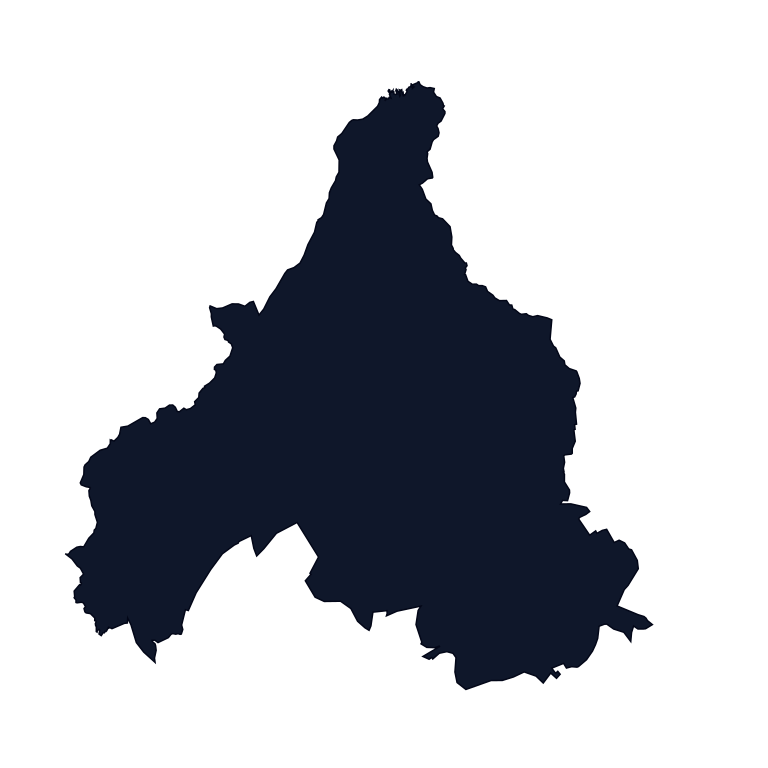 Alba Iulia, Alba, Romania, rotated 97°
{"feature_id": "2599482B11612848018350", "entity_name": "Alba Iulia", "entity_type": "district", "adm_level": 2, "iso_a3": "ROU", "parent_name": "Romania", "parent_adm1": "Alba", "projection": "robinson", "projection_center": [23.551, 46.066], "detail": "fine", "context": "isolated", "style": "filled", "palette": "ink", "viewbox_px": 768, "rotation_deg": 97, "n_neighbors": 0, "source": "geoboundaries", "source_scale": "gbopen_adm2", "svg_char_len": 6093}
<svg xmlns="http://www.w3.org/2000/svg" viewBox="0 0 768 768"><g transform="rotate(97 384 384)"><path d="M591.3,679.7L595.6,672.4L602.0,666.2L603.8,662.9L609.3,659.0L613.2,662.0L618.0,661.1L618.1,660.3L618.7,660.0L620.6,660.6L620.2,661.5L620.6,661.9L627.3,666.3L632.8,665.1L633.9,665.5L635.9,663.4L638.4,663.1L638.6,662.0L637.5,657.7L637.9,655.7L641.4,653.1L643.4,654.4L646.6,653.1L647.5,651.8L647.7,647.4L651.5,642.5L654.1,642.3L654.3,641.2L655.2,640.8L657.1,641.3L659.2,640.7L659.4,640.0L664.8,639.4L665.2,638.6L663.8,638.5L662.3,637.0L663.2,636.1L666.9,636.4L668.2,634.0L665.0,632.4L665.0,631.2L663.4,630.7L663.6,629.9L662.7,629.2L659.2,627.9L659.8,627.3L659.1,626.7L660.0,624.2L653.2,612.5L652.5,609.6L647.5,609.9L653.8,605.8L670.8,598.3L679.4,589.8L688.2,577.3L684.0,578.4L676.1,577.7L671.6,578.8L669.8,579.6L667.8,582.6L666.7,583.0L666.2,580.3L668.2,576.8L662.0,567.1L658.4,564.9L657.5,563.3L657.7,560.2L656.9,558.0L657.3,555.8L656.9,554.7L652.2,553.8L647.9,555.5L632.2,553.6L632.7,550.6L614.1,545.0L589.3,533.4L572.2,523.7L562.0,512.9L559.7,509.3L558.1,508.9L550.6,497.3L562.9,493.2L570.2,489.4L562.1,483.2L545.3,472.6L532.0,453.4L563.7,427.9L580.9,434.4L581.8,433.3L588.9,438.1L604.0,426.4L607.1,416.8L604.9,400.6L610.9,389.5L622.7,381.3L628.3,373.2L630.3,368.8L625.7,367.5L611.8,367.2L608.6,353.5L611.3,352.9L613.8,353.3L607.9,343.4L599.9,320.2L604.6,322.5L618.9,322.9L635.7,315.0L637.4,315.6L640.2,309.4L639.5,301.4L637.4,297.3L637.9,296.9L649.7,312.2L651.7,305.7L649.6,303.3L651.0,302.1L644.5,296.3L642.0,289.0L642.9,282.7L646.8,279.2L661.2,278.5L671.4,275.1L677.2,265.5L665.3,241.7L663.8,230.4L659.0,219.8L652.7,209.8L655.4,197.5L661.4,189.5L650.6,183.3L655.1,176.9L650.6,173.8L648.0,176.5L650.2,178.4L645.6,182.9L639.4,171.7L643.7,168.3L641.7,163.3L641.5,157.9L640.8,156.6L633.0,149.4L623.7,144.5L616.9,142.3L610.5,140.9L598.2,141.0L595.5,135.8L595.2,133.6L599.2,126.2L601.2,115.7L609.5,107.7L600.5,108.0L593.8,106.8L596.2,102.1L595.6,96.9L595.0,94.5L590.1,88.3L586.7,93.7L584.5,95.4L583.1,97.6L582.0,103.7L575.9,125.6L558.8,120.5L554.1,117.2L536.4,109.1L528.2,111.1L518.4,118.1L517.9,121.0L512.4,125.8L510.4,131.6L513.3,136.2L501.1,145.3L502.7,149.5L506.3,154.5L504.0,156.0L509.0,161.4L494.2,174.4L492.5,173.5L488.7,167.6L485.5,164.3L481.8,167.9L480.2,183.9L481.6,194.2L477.8,192.6L477.4,187.6L469.4,186.5L466.6,187.0L459.2,193.0L451.6,193.9L449.6,195.3L449.3,194.6L445.9,195.7L439.7,195.2L433.2,196.9L432.3,195.8L430.7,189.4L429.8,188.7L425.0,189.3L417.5,187.2L406.3,190.0L405.7,188.8L401.1,189.9L400.4,188.0L388.7,190.6L384.5,190.7L374.4,195.0L373.6,193.2L370.5,192.1L367.7,192.1L367.1,190.5L359.5,189.5L354.6,190.9L348.2,194.2L347.6,194.8L346.1,202.0L342.9,206.8L339.1,207.9L335.8,212.8L327.1,218.0L325.7,220.4L319.4,224.6L299.8,225.3L298.5,230.1L297.4,239.9L299.1,244.5L298.3,249.0L296.9,251.3L298.1,256.2L297.5,258.1L294.2,263.3L293.9,265.2L290.1,266.8L290.2,269.2L286.2,272.6L287.2,279.6L285.0,284.5L282.6,286.7L279.5,292.5L275.2,295.0L274.4,298.4L274.8,302.1L273.6,304.4L274.2,308.5L271.8,313.2L265.5,316.4L265.5,317.4L260.5,316.5L258.9,317.4L256.5,316.0L253.9,317.0L254.1,318.4L249.7,323.2L247.2,325.0L244.7,329.1L242.3,331.6L240.9,331.9L237.8,334.0L229.8,334.6L219.8,337.6L212.9,346.0L212.3,350.2L210.8,351.8L210.1,354.4L205.7,357.2L199.4,359.4L195.3,365.0L186.1,369.7L182.0,373.3L179.9,370.3L175.0,365.8L173.6,361.1L172.9,360.8L168.0,362.1L158.3,367.9L154.8,368.8L150.1,368.7L148.3,369.5L145.4,366.9L137.8,365.7L135.4,364.6L131.5,360.4L128.0,360.0L123.8,361.5L121.5,363.2L118.6,362.1L116.1,359.4L108.1,356.5L106.2,356.7L103.6,359.4L100.7,358.1L100.4,358.9L98.1,359.7L93.3,363.2L92.3,367.0L88.3,370.4L84.6,370.1L84.2,374.4L85.0,377.4L84.1,381.5L82.5,384.6L79.8,386.2L79.9,386.9L80.6,386.9L83.2,391.5L85.2,391.6L85.5,390.4L87.0,391.7L86.0,391.8L86.0,392.3L84.0,391.9L84.6,393.1L83.5,392.8L82.4,394.1L83.5,393.4L85.8,393.9L86.2,395.3L88.4,396.5L88.5,397.1L89.7,397.7L90.4,396.8L91.9,397.1L94.8,398.5L94.5,399.2L96.4,399.7L92.6,400.5L93.7,401.1L89.7,402.3L90.4,403.2L90.2,404.2L91.6,403.0L91.7,404.5L95.4,402.9L96.5,403.4L92.2,405.2L91.2,406.2L91.5,406.6L90.7,406.5L89.9,407.7L91.5,408.0L95.2,405.8L94.3,406.7L95.3,407.9L94.9,409.5L92.8,409.9L93.2,410.9L91.5,410.9L92.2,411.3L92.3,412.5L93.5,411.8L93.8,413.0L92.3,414.7L91.3,414.4L91.2,415.0L92.7,415.6L95.2,413.4L95.8,413.9L99.4,411.9L98.8,413.7L100.4,414.5L101.1,416.4L102.9,417.8L100.1,416.5L100.3,417.6L99.4,418.5L99.3,419.9L99.6,419.4L100.5,420.3L99.5,421.3L102.2,423.1L105.2,422.9L109.1,424.2L120.0,432.8L123.7,437.4L125.2,442.4L125.5,446.7L126.3,448.1L128.6,450.3L140.5,456.4L144.5,460.1L148.5,460.7L153.6,462.7L156.9,462.3L167.1,455.8L179.3,454.5L184.3,456.6L188.1,456.9L195.7,460.2L200.8,461.5L206.6,461.1L211.3,463.2L223.1,464.6L226.5,466.3L229.1,469.5L230.1,469.3L231.7,470.4L241.8,471.5L254.9,476.5L265.9,479.0L274.2,482.1L279.4,487.5L282.5,493.6L286.3,495.9L302.6,502.8L311.4,507.9L324.3,512.5L330.8,516.5L318.0,523.7L319.3,527.1L323.8,531.5L322.3,538.1L323.0,544.6L328.2,553.5L329.6,559.3L327.7,566.1L329.5,566.4L335.3,563.9L338.4,563.6L347.3,560.5L346.8,558.8L347.1,557.3L349.3,552.9L353.9,548.3L356.9,548.6L359.2,547.3L359.8,544.1L361.3,543.4L362.7,540.5L366.4,538.6L375.1,540.3L379.9,544.4L383.6,545.9L385.0,552.2L387.9,554.3L390.2,554.1L390.8,552.6L393.4,551.8L398.6,552.8L404.4,557.3L408.1,561.9L409.3,561.3L410.4,563.2L415.5,566.4L420.0,566.2L424.6,569.8L427.6,568.8L432.0,573.2L433.6,577.1L432.4,579.7L436.5,583.7L436.5,585.8L432.5,588.3L430.6,591.1L431.1,594.4L434.6,598.3L436.0,603.7L440.4,605.9L445.8,604.9L449.8,607.0L451.9,610.7L447.9,613.6L446.5,616.8L446.8,619.5L457.0,633.1L459.0,639.8L466.1,640.3L469.5,641.7L473.6,645.0L472.7,647.8L473.4,648.1L473.0,648.8L476.6,648.4L481.4,650.8L484.3,657.6L492.4,666.1L497.0,667.6L500.6,670.8L503.0,671.6L510.4,670.9L519.2,673.4L521.0,672.2L522.3,667.0L522.5,663.2L523.0,662.8L525.8,663.9L531.3,662.8L535.1,660.8L540.5,659.2L545.8,655.4L548.8,655.0L556.2,651.6L562.5,652.4L564.3,653.8L567.1,653.8L573.0,658.2L582.2,662.2L582.3,665.6L583.4,669.0L588.3,674.8L591.0,676.0L591.8,677.9L591.3,679.7Z" fill="#0f172a" stroke="#020617" stroke-width="1.5"/></g></svg>